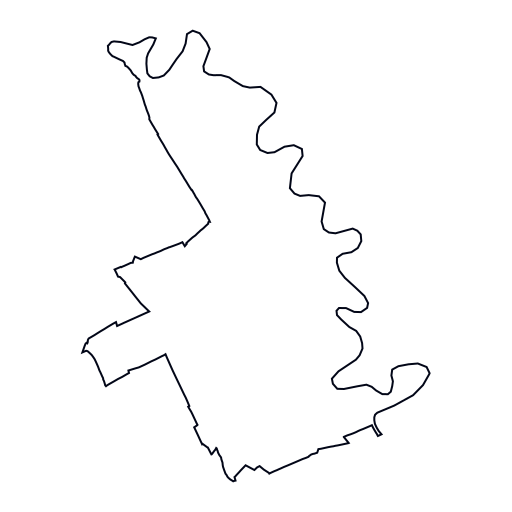 the district of Rachiteni, Iasi, Romania
{"feature_id": "2599482B67197687394814", "entity_name": "Rachiteni", "entity_type": "district", "adm_level": 2, "iso_a3": "ROU", "parent_name": "Romania", "parent_adm1": "Iasi", "projection": "orthographic", "projection_center": [26.897, 47.06], "detail": "fine", "context": "isolated", "style": "outline", "palette": "ink", "viewbox_px": 512, "rotation_deg": 0, "n_neighbors": 0, "source": "geoboundaries", "source_scale": "gbopen_adm2", "svg_char_len": 5965}
<svg xmlns="http://www.w3.org/2000/svg" viewBox="0 0 512 512"><path d="M377.9,436.0L381.5,434.3L378.7,431.0L376.6,427.5L374.9,423.8L374.3,420.3L374.3,417.3L375.1,414.7L377.3,412.7L381.8,410.8L394.2,405.6L413.1,395.2L423.0,385.1L429.1,374.4L429.6,373.2L426.6,367.0L417.8,363.5L408.5,364.3L398.4,366.2L392.2,369.6L391.4,375.5L392.9,381.3L392.2,386.2L390.8,391.7L387.9,394.2L382.3,394.1L376.1,390.5L371.7,386.8L366.4,384.7L357.3,386.3L343.9,389.0L337.3,388.8L332.9,383.8L331.9,378.7L338.5,371.3L355.9,359.7L359.6,355.3L362.5,348.5L362.1,343.1L360.2,336.5L356.2,330.9L349.3,327.0L341.1,319.4L337.0,315.1L336.5,310.8L339.0,308.0L346.1,308.1L354.2,311.9L361.0,312.1L367.1,307.9L368.1,303.1L364.4,296.0L355.0,287.1L344.9,277.9L339.3,270.7L336.9,262.7L337.0,257.7L342.6,253.8L351.4,252.2L357.8,248.0L361.3,241.1L360.7,234.4L357.3,230.7L352.7,228.6L335.5,233.3L328.9,232.5L323.8,229.1L321.6,221.5L323.7,209.8L325.0,202.6L319.0,196.3L308.7,195.1L300.1,195.9L294.5,193.6L289.9,188.2L291.6,173.4L297.8,163.6L302.6,156.0L301.9,149.0L293.8,145.2L284.5,146.7L274.5,152.2L267.5,153.0L260.2,150.0L256.8,144.5L257.0,134.7L259.2,126.6L266.2,119.9L274.4,112.5L276.5,102.9L271.4,94.6L260.5,86.9L249.8,87.6L242.8,86.1L234.2,81.0L229.3,77.5L227.5,76.9L220.9,75.1L213.5,75.2L208.9,74.5L204.1,71.4L203.4,66.2L205.8,59.7L209.7,49.0L206.5,42.1L199.6,33.2L192.7,30.7L187.0,34.1L185.6,43.6L182.6,51.3L176.6,59.0L172.7,64.7L169.3,69.8L163.8,75.5L158.7,77.4L152.9,78.0L149.7,76.3L147.4,73.4L146.9,69.7L146.4,63.7L146.7,57.7L148.1,53.4L153.3,44.5L155.8,38.4L152.1,37.4L149.2,37.3L144.6,39.3L139.5,42.3L132.5,45.0L126.5,43.5L120.6,42.0L114.0,41.4L113.5,41.5L111.5,42.0L110.1,43.4L109.0,44.8L107.9,45.8L108.1,47.8L108.2,49.2L108.1,50.2L108.4,51.4L109.1,52.5L110.4,54.1L112.5,56.2L113.4,56.5L119.0,59.2L123.0,61.0L124.5,62.5L124.7,63.8L125.4,65.9L126.8,66.4L128.1,67.5L129.1,68.6L130.7,70.4L131.6,72.0L132.3,73.2L133.7,74.8L135.5,75.9L136.0,76.8L136.8,77.7L137.2,78.1L138.8,79.2L139.3,79.7L139.5,80.5L139.4,81.6L138.5,82.1L138.3,82.7L138.2,83.9L138.5,86.3L139.3,88.4L140.0,90.5L140.9,92.3L141.4,93.6L142.3,96.0L142.8,97.7L143.5,99.9L143.9,101.2L144.4,103.0L144.9,104.7L145.6,106.4L146.1,108.0L146.5,109.3L147.0,110.7L147.7,112.4L148.3,113.9L148.9,115.6L149.4,117.5L149.3,119.3L150.6,121.6L152.5,124.9L153.9,127.1L154.5,128.2L155.2,129.4L156.4,131.3L157.2,132.6L158.1,134.0L157.5,134.5L158.0,135.5L158.6,136.5L159.0,137.2L160.2,139.3L161.2,141.0L162.4,142.9L163.6,144.9L164.9,147.3L166.3,149.7L167.4,151.7L168.7,153.9L170.1,156.1L172.5,159.7L175.1,163.7L177.2,166.8L179.8,171.1L181.3,173.6L183.3,176.8L184.1,178.3L186.0,181.2L189.3,186.7L191.6,190.1L191.9,190.0L192.7,191.2L193.4,192.6L194.1,193.7L195.4,196.2L196.0,197.3L197.0,198.6L197.7,199.7L199.0,201.8L200.8,204.8L202.4,207.6L204.7,211.4L205.4,213.3L206.5,215.1L209.2,220.2L209.8,221.7L209.3,221.6L208.5,222.0L208.2,223.0L208.2,223.7L205.8,225.9L203.3,228.3L201.3,229.9L200.7,230.3L199.7,231.3L197.4,233.4L196.2,234.6L195.4,235.4L192.6,237.4L191.9,238.0L188.1,241.4L186.3,243.2L186.7,243.9L184.8,246.2L182.4,242.2L180.0,243.3L178.3,244.0L173.2,245.9L172.4,246.2L171.5,246.5L169.9,247.1L168.7,247.4L167.5,248.0L164.5,249.1L163.4,249.6L160.8,250.9L158.8,251.7L156.9,252.4L156.2,252.7L155.1,253.2L153.5,253.8L152.5,254.1L150.1,255.1L148.9,255.6L143.4,257.9L140.8,259.2L134.9,256.6L134.5,257.5L133.9,259.1L133.4,260.3L133.1,261.0L132.8,262.7L131.4,262.8L130.7,262.9L128.2,264.1L126.4,264.9L124.2,265.9L122.7,266.5L121.2,267.2L120.8,266.9L114.6,269.5L114.9,270.0L116.7,273.6L118.0,276.6L120.1,277.1L125.3,282.4L124.9,283.4L131.2,291.3L135.3,296.5L140.8,303.4L149.2,311.5L125.4,322.2L124.7,322.5L124.0,322.8L122.8,323.4L117.1,326.0L116.0,322.1L112.9,323.8L107.7,326.9L104.4,329.0L101.0,331.0L97.3,333.3L94.5,335.1L89.2,338.2L88.8,338.4L88.3,339.1L87.9,340.0L87.8,340.8L87.8,341.2L87.6,342.7L87.3,343.2L86.8,342.6L85.6,343.6L84.7,345.8L82.4,352.4L86.1,350.8L86.6,350.9L87.6,351.2L88.1,351.6L89.2,352.6L90.5,353.8L91.8,355.1L93.4,357.3L94.7,359.3L95.8,361.6L97.5,365.4L98.3,367.3L98.9,369.0L99.5,370.6L100.1,371.7L101.1,373.9L102.1,376.2L102.9,377.8L103.1,378.2L103.2,379.5L104.0,381.1L104.6,383.1L104.9,384.1L105.2,385.3L106.0,386.2L107.0,385.4L109.5,383.9L113.9,381.4L118.0,379.0L122.2,376.9L124.4,375.6L126.6,374.3L129.0,373.0L128.4,370.5L135.6,368.3L137.4,367.8L138.8,367.4L144.7,364.7L151.4,361.3L155.4,359.5L159.3,357.5L162.0,356.1L164.0,355.2L165.5,354.2L166.7,357.1L169.8,364.1L172.7,370.6L176.4,378.4L180.1,386.1L181.2,388.4L184.2,394.7L185.7,397.6L187.2,401.0L189.3,406.0L188.2,406.7L189.8,409.5L191.1,411.6L192.4,414.2L196.6,423.2L197.3,424.6L197.5,424.9L197.4,425.1L194.8,426.9L194.2,427.3L198.2,435.8L200.3,440.4L202.1,444.2L202.5,443.8L207.7,447.6L207.9,447.6L210.7,453.1L211.4,454.4L211.7,454.3L212.6,453.2L214.1,451.1L215.3,449.7L216.2,448.0L216.7,448.4L216.8,448.7L217.1,449.8L217.6,450.8L217.8,451.6L218.1,452.7L219.4,455.2L220.7,456.9L221.1,457.6L221.2,458.2L221.3,459.0L221.6,460.0L222.0,461.2L222.2,461.7L222.5,462.7L222.7,464.9L223.0,466.7L224.1,469.9L225.5,473.7L226.5,474.9L227.5,476.8L228.4,477.8L230.2,479.4L232.5,480.8L233.2,481.3L233.8,481.0L235.5,480.6L234.5,477.1L235.1,476.6L236.6,474.9L239.3,472.0L240.9,470.2L245.6,465.3L254.4,470.0L257.1,467.4L259.6,466.1L263.8,469.6L268.9,472.9L269.3,473.6L270.2,473.1L272.1,472.2L274.5,471.1L276.8,470.2L278.1,469.6L279.4,469.0L280.4,468.6L281.9,467.9L284.1,466.9L287.8,465.4L294.6,462.5L299.0,460.6L302.7,459.0L305.6,458.0L308.5,456.8L308.9,456.2L310.0,455.4L311.2,454.5L313.0,453.9L314.3,453.7L317.2,452.7L318.4,449.1L320.8,448.8L324.4,448.0L328.0,447.2L331.1,446.6L333.3,446.3L335.3,445.8L337.8,445.4L348.2,443.2L348.7,443.0L343.8,437.0L343.8,436.9L344.5,436.6L345.9,436.0L347.0,435.5L348.1,435.1L350.3,434.4L353.0,433.4L354.7,432.7L356.5,431.9L358.0,431.1L360.2,430.1L363.1,429.0L365.7,427.9L369.7,426.2L371.9,425.2L373.1,427.7L373.9,429.1L374.5,430.2L375.2,431.3L375.8,432.4L376.2,433.0L377.0,434.2L377.4,435.1L377.9,436.0Z" fill="none" stroke="#020617" stroke-width="2"/></svg>